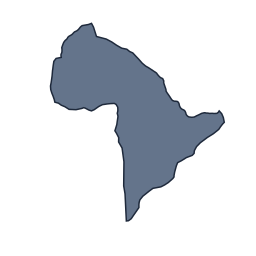 the district of Thedtsho, Wangdi Phodrang, Bhutan, rotated 287°
{"feature_id": "84629894B76025461135829", "entity_name": "Thedtsho", "entity_type": "district", "adm_level": 2, "iso_a3": "BTN", "parent_name": "Bhutan", "parent_adm1": "Wangdi Phodrang", "projection": "orthographic", "projection_center": [89.894, 27.49], "detail": "fine", "context": "isolated", "style": "filled", "palette": "slate", "viewbox_px": 256, "rotation_deg": 287, "n_neighbors": 0, "source": "geoboundaries", "source_scale": "gbopen_adm2", "svg_char_len": 2397}
<svg xmlns="http://www.w3.org/2000/svg" viewBox="0 0 256 256"><g transform="rotate(287 128 128)"><path d="M38.6,153.6L39.5,155.6L42.2,157.6L46.4,158.9L52.9,161.0L55.1,161.7L58.0,160.8L60.2,160.4L62.8,160.4L67.1,162.1L73.7,166.6L77.6,169.5L81.3,176.6L84.3,179.7L87.8,182.6L92.7,185.6L94.6,186.3L96.0,185.9L99.6,185.5L106.0,185.3L109.4,185.6L112.3,188.6L116.8,192.5L120.6,197.4L123.0,198.6L125.8,198.1L130.3,199.0L135.1,201.5L142.1,206.6L147.5,211.3L153.2,215.2L156.2,216.1L159.4,217.3L161.6,218.4L165.9,216.1L169.1,213.4L171.0,210.2L169.3,209.7L168.1,208.8L167.7,208.0L167.4,207.1L166.9,205.5L166.8,204.7L166.3,203.1L165.8,201.9L165.6,200.1L165.3,199.0L165.1,198.0L165.1,197.1L164.7,196.2L164.2,195.3L163.5,194.1L162.4,193.0L161.0,191.5L159.8,190.1L158.9,189.2L157.9,188.2L157.4,187.1L156.9,185.9L156.7,184.8L156.4,183.1L156.7,181.6L157.2,180.7L157.7,180.0L158.5,179.3L159.4,178.8L160.8,177.6L161.5,176.3L161.8,174.1L162.2,173.1L162.8,172.1L164.2,170.8L166.3,169.6L167.1,168.8L167.6,168.1L167.8,167.2L167.6,166.0L167.2,164.7L167.3,162.7L167.9,161.5L169.2,159.9L170.0,159.0L173.0,155.2L174.3,153.7L175.3,153.3L176.1,152.9L180.8,149.5L182.2,148.7L183.4,148.5L185.4,146.7L185.7,144.3L186.7,142.3L187.8,140.6L188.9,139.2L191.6,130.2L192.4,126.7L194.1,122.7L197.0,118.0L198.9,114.6L201.2,110.6L201.6,107.3L203.0,103.8L202.5,98.7L202.8,97.3L203.8,92.9L205.5,87.4L206.7,81.2L206.3,71.1L214.4,65.5L217.4,62.5L215.4,59.9L212.5,54.2L210.7,53.0L207.7,51.8L206.8,51.2L205.9,50.6L205.2,49.8L204.3,48.8L203.5,48.3L201.8,47.5L200.9,47.0L198.2,44.5L197.0,43.9L196.1,43.8L195.0,43.4L193.3,42.3L191.4,41.6L190.2,41.4L188.3,41.3L186.9,41.2L185.3,41.2L184.4,41.7L182.5,42.3L181.3,42.6L180.1,42.6L178.9,42.4L177.5,42.8L176.0,43.5L173.5,38.9L170.1,37.6L165.9,38.2L163.6,38.6L162.6,38.8L161.0,39.0L155.5,40.2L149.2,41.2L145.5,41.6L142.1,42.9L139.2,44.9L136.6,47.0L133.6,49.2L131.3,50.5L131.4,54.3L130.3,57.5L129.9,61.5L128.6,66.2L130.3,72.9L133.2,78.1L134.5,79.7L134.5,81.2L133.7,85.5L133.7,88.1L135.7,90.4L137.8,92.0L140.2,93.9L142.9,96.8L143.4,97.9L144.9,101.0L146.2,104.1L147.5,107.7L147.1,109.7L146.1,110.8L144.9,112.1L142.7,112.9L141.2,113.3L138.9,113.4L136.5,114.9L135.2,115.2L133.8,115.4L131.0,115.8L128.0,116.3L124.5,116.3L121.5,116.3L119.7,118.4L116.1,121.9L111.9,123.1L107.1,128.2L94.5,134.0L71.4,140.8L68.4,142.3L64.2,144.4L54.2,148.0L38.6,153.6Z" fill="#64748b" stroke="#1e293b" stroke-width="1.5"/></g></svg>